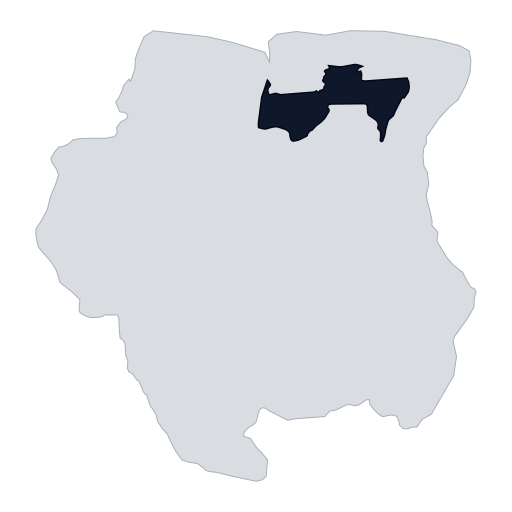 Para on a map of Suriname (Mercator projection)
{"feature_id": "SUR-68", "entity_name": "Para", "entity_type": "District", "adm_level": 1, "iso_a3": "SUR", "parent_name": "Suriname", "parent_adm1": "", "projection": "mercator", "projection_center": [-55.311, 5.329], "detail": "fine", "context": "in_parent", "style": "filled", "palette": "ink", "viewbox_px": 512, "rotation_deg": 0, "n_neighbors": 0, "source": "natural_earth", "source_scale": "10m", "svg_char_len": 4432}
<svg xmlns="http://www.w3.org/2000/svg" viewBox="0 0 512 512"><path d="M458.1,99.7L449.0,107.4L439.0,118.4L426.0,137.3L426.6,143.2L423.7,148.0L423.0,156.5L423.9,166.0L427.3,172.2L428.8,184.1L426.3,194.7L427.2,200.9L429.9,210.7L432.1,221.2L431.8,225.4L435.0,228.8L437.9,232.2L437.0,241.5L447.3,258.1L453.6,265.3L462.7,272.4L466.1,279.3L471.2,287.6L474.3,288.5L476.0,291.9L474.3,298.3L473.9,307.2L468.1,317.5L454.6,336.4L453.0,340.8L456.5,356.5L454.6,369.4L453.8,375.6L447.2,386.9L431.4,414.2L422.4,419.1L416.9,427.0L413.4,427.1L409.5,427.8L408.2,428.8L403.3,428.7L399.5,425.2L398.9,421.1L396.8,416.3L391.9,414.9L382.8,416.6L380.1,415.4L374.6,410.3L370.1,404.8L369.0,399.4L366.1,399.9L359.1,404.8L354.3,405.8L350.6,404.5L346.4,404.9L335.7,410.1L329.5,411.2L325.0,416.5L295.4,418.8L287.6,420.2L269.9,411.2L265.4,408.2L263.0,407.8L261.1,408.3L259.1,410.3L256.2,421.6L253.5,424.7L248.9,427.2L244.4,431.7L243.5,436.1L250.5,438.5L256.3,447.1L262.6,453.9L267.6,459.9L266.9,466.7L266.1,476.4L262.4,479.7L256.3,481.3L233.8,476.6L216.7,472.4L209.4,471.5L206.2,470.5L201.9,466.9L197.5,463.6L190.5,462.5L182.2,460.2L176.0,451.7L169.7,439.6L167.4,434.2L162.5,428.9L157.6,421.4L156.1,414.7L152.4,408.6L150.5,406.5L147.6,398.2L147.0,395.1L145.6,394.7L143.6,392.1L139.7,383.2L138.8,380.9L137.1,380.2L132.5,373.9L128.8,371.7L127.5,368.5L127.8,359.8L125.8,355.5L125.2,347.3L125.1,344.0L123.2,340.4L120.1,338.0L119.5,332.1L118.8,317.5L117.3,314.9L104.1,315.1L102.8,316.5L97.1,317.4L90.7,317.6L84.9,315.6L80.2,313.0L79.1,309.9L79.9,299.7L72.2,292.0L60.0,282.5L56.4,270.4L51.9,262.9L38.4,247.2L36.0,236.3L36.0,228.7L40.8,221.7L47.4,209.4L50.1,198.2L52.1,192.3L55.5,184.7L58.6,174.8L56.2,168.7L52.2,162.7L50.9,158.3L54.8,151.7L58.7,147.1L63.1,146.5L68.8,143.7L73.2,139.7L79.9,138.7L88.4,138.3L105.6,138.3L114.3,136.6L117.1,133.4L116.7,127.3L121.0,121.7L125.6,119.4L127.5,117.5L127.7,115.5L126.5,113.6L124.7,112.4L119.9,111.9L115.7,102.3L118.6,98.1L122.3,90.4L123.3,86.0L129.1,79.1L130.5,81.3L134.9,68.8L135.4,58.6L138.9,48.6L144.0,36.7L153.4,30.8L208.0,36.8L232.9,42.5L265.0,52.3L269.5,62.7L269.7,52.3L268.2,41.7L277.0,34.2L296.5,31.5L325.6,35.2L350.6,30.7L384.7,31.3L436.4,39.8L459.5,45.6L469.1,50.9L470.9,60.4L470.0,72.6L466.2,84.2L458.1,99.7Z" fill="#d9dde1" stroke="#a8b0b8" stroke-width="1"/><path d="M362.4,66.3L358.6,68.1L357.3,70.5L357.1,70.7L357.0,71.8L357.5,71.7L358.6,71.9L358.9,71.7L359.4,71.4L360.1,71.1L360.8,71.1L360.9,71.5L360.8,72.0L360.7,72.4L361.1,72.6L361.5,73.1L361.6,74.2L361.4,80.3L363.4,80.9L365.6,81.0L407.0,78.0L408.6,81.8L409.1,85.6L409.1,87.9L408.9,89.4L408.6,90.7L408.2,91.9L407.6,93.0L404.1,98.0L402.5,97.5L401.4,99.1L395.1,111.4L393.7,114.9L393.1,115.9L389.2,119.3L388.5,120.3L388.0,121.1L385.7,129.4L384.6,135.7L382.8,140.8L381.9,141.5L381.2,141.5L380.5,140.9L380.2,140.1L380.3,139.3L380.6,137.6L380.6,133.2L380.4,132.1L380.1,131.1L379.2,130.1L378.4,129.3L377.8,128.3L377.8,127.3L378.3,125.0L378.2,123.9L377.8,122.7L377.2,121.6L376.4,120.6L375.3,119.6L369.6,115.7L368.6,114.8L368.0,113.7L367.7,112.5L367.3,105.9L366.8,104.9L366.1,104.0L363.9,103.7L331.6,104.0L328.8,104.5L327.7,106.1L327.5,107.2L328.0,108.1L328.5,108.8L329.0,109.5L329.1,110.1L329.0,110.9L328.7,111.8L324.8,118.2L321.2,121.9L316.0,125.8L312.2,130.0L311.4,130.5L310.2,130.8L309.6,131.1L308.8,132.4L308.3,133.1L307.8,133.5L307.5,134.1L307.2,135.5L306.7,136.1L306.1,136.5L304.9,136.9L304.5,137.2L303.3,137.7L301.4,138.8L298.1,140.2L293.4,141.1L292.2,140.8L291.1,139.8L290.3,137.4L290.0,135.8L289.9,134.4L289.6,133.2L289.0,132.0L287.6,130.7L286.4,129.9L285.1,129.3L278.3,127.0L276.1,126.7L273.8,126.9L271.3,127.4L266.0,128.9L264.8,129.0L263.7,128.9L258.6,127.6L258.4,125.7L258.5,122.0L261.7,97.4L267.4,80.1L268.8,81.7L269.3,83.1L270.4,84.2L270.3,85.3L269.7,86.4L268.6,87.5L267.8,89.3L267.8,90.8L268.2,92.2L268.5,93.9L269.3,94.5L270.2,94.7L275.1,93.4L276.4,93.5L280.7,94.7L313.6,92.1L314.9,91.7L315.6,91.3L316.4,90.9L317.1,91.3L317.7,91.9L318.4,92.4L319.0,92.2L319.4,91.6L319.6,91.0L320.2,90.4L321.1,90.4L322.7,89.6L323.5,89.1L323.9,88.6L324.0,87.2L324.3,86.5L324.8,85.9L325.3,85.1L325.5,84.3L325.4,83.6L324.9,82.9L323.3,81.6L322.8,80.9L322.8,80.2L323.5,78.7L323.8,77.2L324.1,76.4L325.0,75.6L325.7,74.9L326.0,74.1L325.9,73.3L325.5,72.6L324.9,72.0L324.5,71.4L324.8,70.7L326.0,69.8L327.8,69.3L328.9,68.8L329.4,68.2L329.4,67.5L329.2,66.7L328.6,65.6L339.1,66.8L342.7,66.7L354.3,64.5L357.0,64.6L362.4,66.3Z" fill="#0f172a" stroke="#020617" stroke-width="1.5"/></svg>